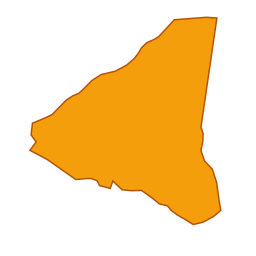 the district of Lagoa Salgada, Rio Grande do Norte, Brazil, rotated 174°
{"feature_id": "56859067B50769407156017", "entity_name": "Lagoa Salgada", "entity_type": "district", "adm_level": 2, "iso_a3": "BRA", "parent_name": "Brazil", "parent_adm1": "Rio Grande do Norte", "projection": "mercator", "projection_center": [-35.501, -6.146], "detail": "fine", "context": "isolated", "style": "filled", "palette": "amber", "viewbox_px": 256, "rotation_deg": 174, "n_neighbors": 0, "source": "geoboundaries", "source_scale": "gbopen_adm2", "svg_char_len": 760}
<svg xmlns="http://www.w3.org/2000/svg" viewBox="0 0 256 256"><g transform="rotate(174 128 128)"><path d="M28.1,228.1L38.2,229.9L70.6,230.8L87.6,215.9L93.1,213.2L100.4,210.9L106.4,206.2L109.7,201.5L114.3,196.6L122.8,190.7L134.7,185.8L149.1,184.0L159.3,178.8L167.4,172.1L173.2,167.7L179.6,165.7L186.2,162.4L202.5,149.0L212.9,145.6L222.5,142.8L225.1,131.2L220.8,123.8L227.9,116.0L212.1,105.5L185.3,82.2L175.3,82.1L169.5,81.5L164.3,78.9L162.3,73.7L152.0,69.8L148.6,76.9L140.4,67.2L130.5,65.2L121.2,64.6L111.0,55.6L104.7,49.2L96.9,46.5L93.7,41.6L88.0,36.3L80.6,31.0L73.2,25.2L63.2,26.5L52.1,31.1L44.3,36.4L44.9,44.6L45.6,64.9L48.5,78.3L55.4,87.3L57.8,98.1L55.1,106.4L53.9,114.5L55.4,121.0L28.1,228.1Z" fill="#f59e0b" stroke="#b45309" stroke-width="1.5"/></g></svg>